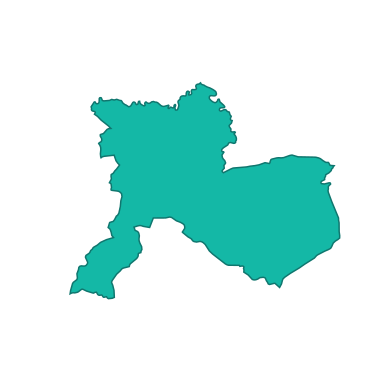 Bao Loc, Lâm Đồng, Vietnam, rotated 255°
{"feature_id": "81297802B17535514855325", "entity_name": "Bao Loc", "entity_type": "district", "adm_level": 2, "iso_a3": "VNM", "parent_name": "Vietnam", "parent_adm1": "Lâm Đồng", "projection": "robinson", "projection_center": [107.813, 11.546], "detail": "fine", "context": "isolated", "style": "filled", "palette": "teal", "viewbox_px": 384, "rotation_deg": 255, "n_neighbors": 0, "source": "geoboundaries", "source_scale": "gbopen_adm2", "svg_char_len": 6081}
<svg xmlns="http://www.w3.org/2000/svg" viewBox="0 0 384 384"><g transform="rotate(255 192 192)"><path d="M77.1,251.9L80.1,254.7L83.2,256.4L84.6,257.5L85.8,259.8L88.0,266.0L90.9,276.1L93.1,282.1L96.5,293.1L98.3,295.8L98.8,297.1L100.5,304.9L101.1,309.0L101.7,311.3L103.1,312.8L106.1,315.2L107.5,317.8L108.3,320.5L109.3,322.7L111.7,323.4L115.7,323.9L124.2,326.1L126.9,326.3L129.0,326.8L146.5,324.5L156.2,323.6L158.0,323.7L159.9,324.6L161.6,324.9L162.7,325.9L163.6,327.8L164.5,328.0L165.1,327.7L165.4,326.7L165.5,321.9L166.6,319.2L167.5,318.9L168.1,319.1L168.8,319.8L169.6,323.3L169.9,323.5L171.3,323.7L172.4,324.9L174.1,325.7L175.0,329.1L176.3,331.5L176.8,332.1L178.2,333.0L178.8,334.3L179.6,334.8L180.6,336.1L181.9,332.5L182.2,332.2L184.5,331.7L185.3,331.3L186.0,328.9L188.2,326.8L190.9,324.7L192.1,323.2L193.5,320.7L194.2,318.5L198.5,303.6L201.8,298.2L202.0,296.1L201.5,289.4L201.9,286.9L202.7,284.5L203.0,282.5L203.1,277.7L202.9,276.7L201.3,275.4L200.2,275.0L199.5,274.1L201.4,270.1L200.9,263.7L201.2,259.5L201.9,254.7L202.1,251.2L204.5,237.9L204.2,235.5L202.5,227.3L203.8,226.5L204.8,226.6L206.6,229.3L209.4,229.7L211.0,231.7L211.5,232.0L214.0,231.7L215.6,230.8L217.3,230.3L219.9,230.5L222.2,233.1L222.7,232.9L223.2,231.6L223.6,231.4L224.8,231.5L225.4,231.8L226.6,233.8L228.2,238.7L229.6,239.9L229.9,240.4L229.9,241.9L228.2,244.9L228.1,245.9L228.5,246.9L229.6,247.2L230.7,248.3L232.5,248.8L234.4,248.7L237.2,247.7L237.8,248.1L238.0,249.0L238.5,249.3L239.1,248.8L239.6,246.3L240.3,245.4L240.7,245.2L242.8,245.9L245.3,245.0L246.4,245.0L246.8,245.4L248.4,248.0L250.6,249.3L251.0,248.4L252.0,247.9L253.2,248.2L255.0,249.5L256.8,248.7L259.5,248.7L260.6,247.0L262.8,245.9L263.2,244.2L262.6,240.8L262.9,240.3L263.7,239.7L264.7,239.8L265.6,240.5L265.8,241.6L265.2,244.6L265.3,245.3L266.0,245.7L267.6,245.1L271.9,242.3L274.5,242.3L274.8,241.9L274.7,241.0L273.2,240.0L272.4,238.6L272.3,237.7L272.5,237.0L273.7,235.4L275.4,234.1L277.1,233.2L278.1,233.0L279.4,233.3L280.2,234.4L280.2,235.2L279.1,238.2L279.0,239.4L279.3,240.2L280.3,241.0L282.5,241.0L283.8,240.3L285.7,238.6L287.9,236.2L289.3,234.1L291.2,232.0L292.0,231.4L293.2,229.5L294.4,228.5L295.2,228.5L294.5,226.5L294.7,224.9L294.1,223.5L293.1,223.0L290.8,223.1L290.1,222.3L290.3,220.4L290.8,219.3L290.7,218.2L289.6,217.4L287.2,217.2L286.4,216.3L286.3,214.9L286.6,214.0L287.2,214.0L288.4,215.0L289.3,215.3L290.0,214.8L290.4,214.3L290.5,213.6L290.1,212.8L289.3,212.2L288.4,211.8L287.2,211.5L286.6,210.9L286.5,210.3L287.2,208.3L287.3,206.9L287.0,205.9L286.3,205.1L284.5,204.3L283.9,202.7L283.2,202.0L282.2,201.7L279.4,201.8L278.4,201.4L276.2,200.0L275.3,199.2L275.1,198.5L275.5,197.3L276.5,197.2L278.1,197.4L279.7,198.6L280.6,198.6L280.9,198.3L280.4,197.2L278.5,196.4L278.2,196.0L278.1,195.3L279.5,193.5L279.4,192.9L278.8,192.1L278.6,191.3L279.0,190.7L279.6,190.7L280.9,191.8L281.5,192.0L281.9,191.8L281.9,187.0L282.4,185.7L283.5,184.4L287.1,182.0L287.9,181.0L288.5,179.4L289.4,178.2L289.5,176.4L288.8,174.6L288.7,173.4L289.5,171.9L290.7,171.1L290.9,170.4L290.0,169.3L287.9,169.1L287.6,168.6L287.6,168.0L288.4,166.9L290.1,165.3L291.5,164.8L293.2,164.9L293.3,163.8L290.9,162.4L290.7,161.2L291.2,160.7L292.6,160.4L293.5,159.9L294.0,159.0L293.8,158.0L291.0,155.1L290.7,153.9L290.8,152.8L293.0,150.9L294.0,149.6L296.3,148.0L297.6,147.8L298.6,147.3L299.3,145.7L301.0,143.3L301.0,140.6L302.2,138.4L301.8,136.0L302.8,130.4L303.6,129.1L306.3,128.8L306.7,128.4L306.9,127.7L306.8,127.1L306.3,126.6L302.7,125.5L301.9,124.6L301.7,123.8L302.0,122.7L302.4,122.2L304.2,121.6L304.2,120.8L300.4,116.6L298.5,116.6L297.7,116.2L297.0,116.2L296.1,116.7L294.8,119.0L293.6,119.1L292.4,117.9L289.5,120.3L285.0,122.8L277.3,128.5L274.4,130.1L274.8,127.9L274.4,126.1L271.4,121.6L271.2,118.4L270.8,118.1L269.5,117.9L267.3,118.5L265.4,118.3L264.1,117.2L263.6,115.2L263.0,114.4L260.7,115.2L258.5,115.3L256.3,114.8L252.6,113.4L249.5,112.9L248.6,113.0L249.2,114.5L249.2,116.5L247.7,126.3L241.8,126.7L238.9,127.8L236.8,129.0L233.7,125.1L232.3,122.8L230.5,120.8L229.8,118.5L228.3,117.9L225.4,117.5L222.3,114.6L221.4,115.6L220.4,115.9L217.1,115.4L215.7,114.5L214.8,114.4L214.3,115.1L212.2,120.2L211.7,121.2L210.7,122.3L208.7,123.5L205.7,123.2L201.9,121.0L196.5,119.0L190.5,115.9L188.8,114.1L188.3,112.7L185.3,110.0L184.0,108.3L183.9,104.8L183.6,104.4L179.4,101.8L177.7,103.0L176.8,103.3L174.0,103.5L170.7,103.3L168.3,104.4L168.1,97.0L167.0,90.6L165.2,86.8L164.1,82.7L163.5,81.7L162.5,80.8L161.7,79.0L160.0,77.6L159.4,76.7L158.2,73.2L156.9,72.3L156.3,72.2L151.5,73.0L150.7,72.9L149.8,72.4L148.5,70.7L148.3,69.7L148.3,68.7L149.3,65.9L149.3,64.4L148.5,63.2L146.3,62.2L142.8,59.7L138.9,59.1L137.8,58.6L137.1,58.0L135.5,54.1L134.6,53.0L128.2,49.2L125.2,47.9L125.6,49.7L125.4,51.2L124.9,52.7L124.8,55.1L125.0,56.4L126.4,59.6L126.6,60.6L126.4,61.3L123.6,64.5L120.1,70.1L119.8,70.8L120.2,72.4L119.9,73.8L117.4,74.4L116.6,75.1L116.2,75.8L115.9,78.0L115.5,78.4L113.9,78.9L113.4,79.2L113.1,79.7L113.0,82.3L111.4,82.9L110.6,83.7L110.0,87.4L110.3,89.7L117.2,91.2L122.5,91.3L125.2,90.9L126.4,91.4L127.3,92.2L132.1,97.9L134.4,102.3L135.6,103.9L136.1,104.9L136.3,106.2L136.2,112.1L137.7,112.9L138.6,113.8L141.9,121.0L142.8,122.3L144.1,123.4L146.2,124.1L146.6,124.7L146.7,126.9L148.1,127.5L149.4,128.7L152.2,129.2L156.3,128.4L158.6,128.3L160.3,128.6L163.3,129.8L165.5,129.9L166.7,129.8L167.9,129.2L169.7,127.1L173.1,126.9L173.3,130.9L173.1,133.1L172.4,134.6L171.4,136.1L168.7,141.9L176.9,147.9L173.8,159.7L173.6,164.0L172.7,165.7L168.2,169.5L165.7,173.0L163.9,174.8L162.4,175.9L160.8,176.0L159.6,175.8L158.5,175.3L155.8,172.3L155.3,172.5L149.7,176.5L146.8,179.4L146.3,179.3L145.3,179.9L144.6,180.1L143.6,181.1L142.5,183.4L142.2,187.0L141.4,188.5L140.2,189.7L137.9,191.2L130.6,193.5L126.7,195.9L113.9,205.6L112.5,207.1L111.8,208.4L108.9,218.7L107.8,219.0L107.6,221.1L107.2,222.1L106.4,222.7L106.0,222.7L104.6,221.9L103.5,222.1L101.2,221.3L97.3,224.8L91.9,227.6L91.0,229.2L90.7,231.0L90.9,233.1L91.7,235.3L91.2,238.7L90.9,239.3L90.2,240.3L89.5,240.6L87.0,240.9L85.8,241.4L83.4,241.9L82.6,243.0L82.5,247.8L82.3,248.5L77.1,251.9Z" fill="#14b8a6" stroke="#0f766e" stroke-width="1.5"/></g></svg>